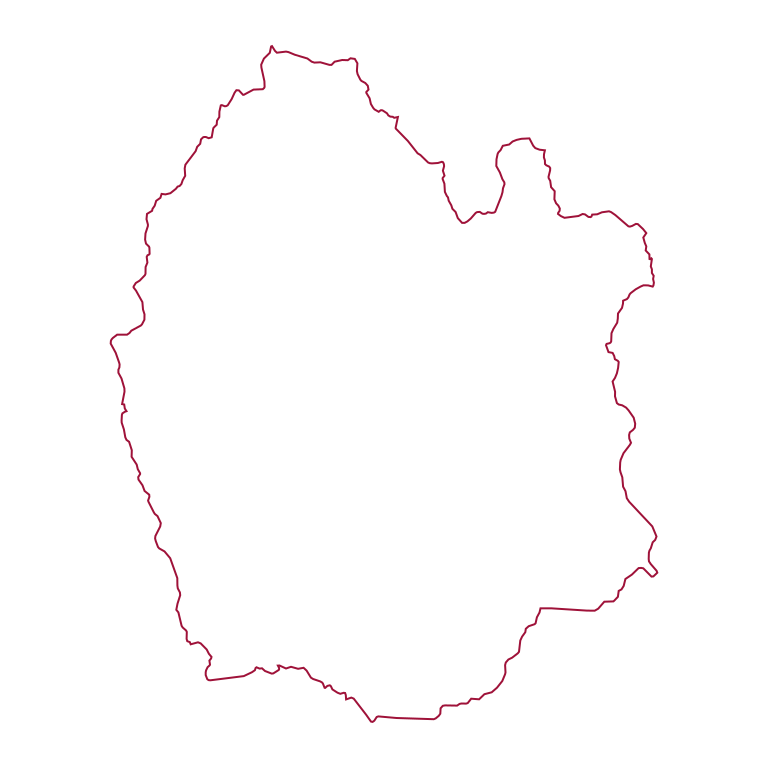 outline of Van Canh, Bình Định, Vietnam
{"feature_id": "81297802B17102674968438", "entity_name": "Van Canh", "entity_type": "district", "adm_level": 2, "iso_a3": "VNM", "parent_name": "Vietnam", "parent_adm1": "Bình Định", "projection": "natural_earth1", "projection_center": [108.979, 13.676], "detail": "fine", "context": "isolated", "style": "outline", "palette": "rose", "viewbox_px": 768, "rotation_deg": 0, "n_neighbors": 0, "source": "geoboundaries", "source_scale": "gbopen_adm2", "svg_char_len": 6070}
<svg xmlns="http://www.w3.org/2000/svg" viewBox="0 0 768 768"><path d="M357.4,63.3L354.8,58.9L350.5,58.3L347.8,60.2L342.2,60.0L334.6,61.7L331.5,64.9L329.5,64.9L320.4,62.3L314.4,62.6L311.7,61.7L307.4,58.5L294.7,54.7L288.5,52.1L286.0,51.6L276.9,52.7L275.0,50.9L272.0,46.1L271.1,46.5L269.8,52.8L263.9,58.6L261.2,64.7L261.4,67.5L264.4,81.2L264.6,86.9L264.2,87.9L262.8,89.2L253.5,89.6L243.8,94.8L243.0,94.8L238.9,90.4L236.4,90.2L234.6,92.7L231.7,99.0L227.7,105.3L226.2,106.1L224.9,106.3L221.8,105.1L220.8,105.4L219.4,111.6L219.3,117.1L217.0,120.7L216.7,124.7L213.6,127.7L213.2,128.7L211.7,137.3L208.7,138.2L205.9,137.0L204.0,137.0L203.1,137.3L201.0,139.4L200.2,143.8L197.2,146.8L195.6,151.2L185.4,164.7L184.7,168.4L185.2,175.8L182.7,180.2L181.4,184.0L179.6,186.0L177.6,186.6L175.9,188.8L170.4,193.2L165.5,194.4L161.6,193.9L160.4,197.8L156.2,200.8L154.7,205.7L152.5,208.9L152.1,210.8L147.0,213.9L146.5,219.2L147.9,224.5L147.9,226.0L145.5,233.4L145.1,239.6L146.0,243.6L149.0,246.6L149.4,247.7L149.6,253.8L149.3,254.4L147.5,255.3L146.7,256.9L147.4,262.6L145.6,267.0L145.5,273.8L144.9,275.2L139.7,280.6L135.8,283.0L133.6,286.5L133.6,287.5L136.0,290.6L142.4,302.1L143.0,309.5L144.5,314.3L144.4,319.7L142.0,324.3L140.9,325.5L131.3,330.7L129.5,333.0L127.0,334.7L117.1,334.7L112.8,338.0L111.5,339.5L110.9,340.9L110.7,343.6L115.7,352.8L119.2,362.8L119.6,364.5L119.4,367.4L118.4,369.7L118.4,372.8L121.5,378.5L124.4,388.4L124.5,391.7L122.1,404.1L124.2,404.5L124.8,408.5L126.5,411.2L124.8,411.8L122.4,413.4L121.9,414.9L121.6,420.4L121.7,422.7L123.9,429.4L125.3,437.3L126.5,439.9L129.1,441.8L131.8,450.2L131.6,456.8L136.7,464.6L137.8,469.2L140.1,473.2L140.1,474.1L138.2,477.1L138.5,479.6L142.5,485.3L144.6,491.0L149.2,494.7L149.4,496.8L148.1,500.5L148.4,501.6L153.8,512.3L154.8,513.9L157.5,516.1L160.8,523.1L160.2,526.5L155.4,536.0L155.1,538.5L155.8,541.2L158.0,547.0L159.2,548.4L164.5,551.4L170.2,558.2L177.3,578.1L177.4,585.6L177.8,588.4L179.9,592.4L180.2,595.2L177.5,603.7L176.3,609.8L178.4,612.4L181.6,625.8L182.7,627.5L186.1,630.5L186.8,631.9L186.6,638.9L187.3,641.2L189.8,642.1L190.7,644.3L198.0,642.3L200.7,643.4L206.7,649.5L208.9,653.8L211.5,656.9L211.1,658.5L209.4,660.6L210.0,664.5L209.7,665.3L207.6,667.2L206.1,670.3L205.7,672.2L205.7,675.1L207.3,679.2L208.6,680.1L210.3,680.3L243.8,676.1L252.0,672.2L254.9,670.2L255.6,668.0L256.5,667.3L259.6,668.6L262.0,668.3L265.0,671.0L271.7,673.6L273.3,673.4L278.7,670.0L279.1,669.3L279.1,667.9L277.9,665.6L279.5,665.5L286.0,668.5L291.0,666.8L298.1,668.8L303.6,667.8L306.6,670.6L310.9,677.6L313.1,679.0L320.2,681.4L322.1,682.5L322.9,683.5L324.6,687.8L325.2,687.9L327.4,685.9L329.8,685.3L330.9,686.2L332.4,689.4L337.5,692.7L340.3,693.8L343.7,692.8L345.1,693.0L345.8,695.1L346.1,699.4L351.3,697.6L353.7,698.6L366.2,714.8L371.0,721.6L372.6,721.9L374.3,720.7L376.7,717.0L378.3,716.4L396.5,718.0L433.8,719.2L435.7,718.4L438.8,715.8L440.3,713.7L440.6,708.3L442.8,705.8L445.0,705.4L457.1,705.6L459.6,703.9L461.5,703.5L466.1,703.6L467.7,703.1L471.2,698.7L479.1,699.3L484.4,694.2L491.7,692.3L497.0,687.7L502.3,681.0L505.1,674.2L505.5,672.4L505.1,665.1L505.8,662.5L508.4,659.5L512.1,657.7L517.8,653.3L519.0,651.8L520.3,640.5L522.1,636.6L525.3,632.2L525.8,628.8L528.7,626.2L534.6,624.2L535.6,623.2L536.9,617.3L539.5,612.5L540.5,608.3L550.9,608.3L586.9,610.6L594.7,610.7L598.2,608.7L604.3,601.7L613.4,601.4L614.3,600.6L617.9,596.8L618.7,590.9L621.5,589.4L623.7,585.9L625.4,579.0L631.9,574.6L638.6,568.1L641.1,567.9L643.3,568.3L651.5,576.6L653.4,576.4L657.3,572.7L656.6,570.8L650.8,564.1L649.0,561.4L648.7,559.0L648.9,552.6L649.5,550.5L650.8,548.3L652.7,542.3L655.2,539.9L656.5,536.5L652.3,526.4L629.2,501.8L626.8,498.2L625.5,491.2L623.1,486.7L622.3,477.3L620.5,472.2L619.9,469.4L620.2,462.5L620.7,459.8L623.5,453.2L629.9,444.8L631.0,442.8L629.3,438.6L629.1,435.0L629.8,432.4L633.0,429.9L634.8,427.7L635.2,423.7L633.7,417.7L628.6,410.4L626.1,407.6L622.2,405.3L618.7,404.5L616.9,403.1L615.0,396.3L615.1,391.8L612.6,381.5L615.0,377.9L616.9,373.3L618.1,367.9L618.7,362.0L617.8,360.8L614.9,359.2L614.2,356.0L612.6,352.9L608.5,352.1L606.0,345.2L606.6,343.9L609.6,343.2L610.7,342.4L611.2,341.3L611.5,333.2L613.4,328.9L617.2,322.7L617.8,318.6L618.0,313.5L622.0,307.9L623.0,303.6L623.1,300.7L626.9,299.1L628.3,297.5L629.6,294.4L630.6,293.2L635.7,289.3L640.5,286.6L643.5,285.3L648.1,285.4L652.7,286.6L653.4,285.5L653.9,282.7L653.1,279.0L653.7,275.8L651.9,273.0L651.9,269.3L650.8,266.4L651.9,259.0L651.3,258.3L650.2,259.2L649.5,259.0L649.4,254.4L645.7,250.5L646.3,246.4L644.8,242.9L643.3,237.5L646.3,233.1L643.0,229.0L637.8,224.1L635.9,223.9L632.2,225.9L629.9,226.6L628.4,226.3L615.4,215.1L611.1,212.1L609.0,211.3L601.9,212.3L597.2,214.3L592.2,214.6L591.4,216.6L590.6,217.1L588.4,216.9L585.0,214.4L582.6,214.0L578.5,216.0L564.5,217.8L560.9,216.1L558.0,213.9L558.2,212.8L559.6,210.8L559.8,208.5L558.3,205.6L556.1,203.3L554.4,199.3L554.7,191.2L551.1,187.2L550.2,180.8L548.7,178.2L548.5,176.9L550.1,170.4L550.2,168.1L549.2,166.6L546.3,165.3L545.0,164.0L544.9,160.4L543.9,157.4L544.0,154.2L544.9,150.3L539.6,149.7L535.3,148.1L533.2,145.7L529.4,138.4L521.4,138.8L516.6,139.9L512.6,141.5L509.2,144.5L502.8,145.8L500.6,150.1L498.3,152.5L497.6,154.0L496.5,159.3L496.3,166.0L499.9,172.5L502.4,179.2L504.3,182.3L504.5,184.2L503.0,188.3L502.5,192.2L501.4,196.0L495.2,211.8L493.9,212.6L491.7,212.9L487.8,212.2L485.9,213.6L484.0,213.9L482.4,213.7L479.8,211.9L477.1,212.1L475.7,212.9L470.8,218.5L467.4,221.4L464.6,222.9L462.1,222.9L457.8,218.1L455.6,212.0L452.4,208.8L451.3,205.3L448.7,200.7L448.0,197.4L446.8,195.9L444.9,191.9L444.4,183.7L442.6,178.9L442.7,178.0L444.5,175.7L442.9,170.7L444.1,166.2L443.9,164.2L443.1,162.3L441.9,161.8L437.9,163.0L432.0,163.4L429.8,163.2L428.1,162.5L420.4,155.0L417.6,153.3L407.9,141.0L395.8,128.6L395.6,127.9L397.9,117.0L394.2,117.8L392.8,116.8L390.3,116.6L388.3,115.4L387.0,113.3L382.9,110.6L381.9,110.2L380.6,110.3L378.7,111.8L374.5,109.4L373.2,107.9L370.9,104.0L369.6,98.3L366.3,92.8L366.3,92.0L368.5,89.6L367.8,85.8L365.3,83.0L361.4,80.9L360.3,79.6L357.6,74.2L356.9,71.0L357.4,63.3Z" fill="none" stroke="#9f1239" stroke-width="2"/></svg>